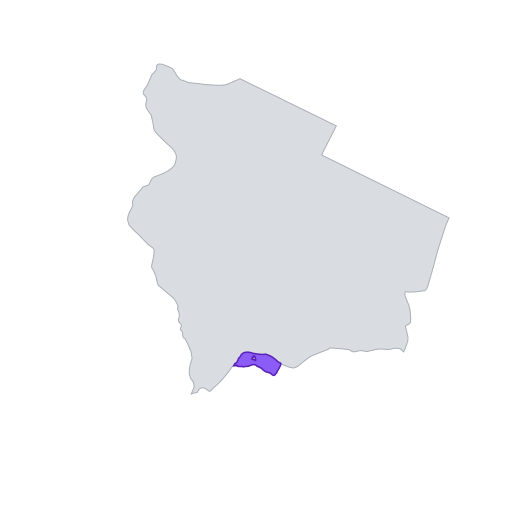 location of North-East within Botswana, rotated 117°
{"feature_id": "BWA-4853", "entity_name": "North-East", "entity_type": "District", "adm_level": 1, "iso_a3": "BWA", "parent_name": "Botswana", "parent_adm1": "", "projection": "natural_earth1", "projection_center": [27.629, -21.012], "detail": "fine", "context": "in_parent", "style": "filled", "palette": "violet", "viewbox_px": 512, "rotation_deg": 117, "n_neighbors": 0, "source": "natural_earth", "source_scale": "10m", "svg_char_len": 4188}
<svg xmlns="http://www.w3.org/2000/svg" viewBox="0 0 512 512"><g transform="rotate(117 256 256)"><path d="M274.5,81.0L273.8,82.9L273.3,85.7L273.9,87.8L275.3,90.6L277.2,93.0L278.6,94.5L280.3,98.1L282.1,102.5L284.3,106.0L291.0,114.0L291.7,116.9L292.7,119.8L296.9,125.2L297.5,127.0L297.2,130.7L301.5,141.9L304.4,148.4L306.8,149.6L314.4,156.5L321.0,162.1L328.8,165.8L334.5,168.3L337.3,170.1L338.8,171.8L339.9,175.2L340.5,180.9L340.7,184.7L346.8,184.5L351.9,184.9L353.7,185.6L354.3,186.7L354.2,189.2L354.2,192.8L354.5,195.8L354.0,199.0L353.6,202.7L353.4,207.3L354.1,209.1L359.0,214.9L361.1,218.7L363.3,224.4L364.5,226.2L365.6,227.0L370.0,227.6L381.4,230.0L388.4,232.2L393.9,234.4L396.3,235.0L397.4,235.6L397.8,236.2L397.1,241.1L397.3,242.7L397.9,244.2L398.9,245.3L400.0,246.0L404.2,246.5L406.8,249.6L408.4,251.0L400.7,251.7L397.0,254.2L394.7,258.7L391.3,262.0L386.6,264.2L381.7,265.6L376.4,266.4L370.9,270.3L365.0,277.2L362.0,281.6L361.8,283.4L360.5,285.0L358.0,286.3L356.6,287.9L356.2,289.7L354.9,290.6L352.5,290.5L350.9,291.9L349.9,294.7L347.8,296.4L344.6,296.9L341.8,298.5L339.5,301.1L337.7,302.4L336.4,302.4L334.5,304.5L331.3,309.4L330.7,311.6L326.4,330.1L324.0,332.3L319.4,336.1L315.6,340.6L314.0,343.3L312.3,344.5L303.7,346.8L300.5,347.9L296.6,349.7L295.7,351.3L294.8,357.0L292.1,365.1L290.0,371.2L288.6,376.4L286.2,382.9L284.1,385.1L281.7,387.1L278.6,388.1L274.3,388.7L270.4,388.5L267.4,388.6L263.2,390.9L259.3,391.1L253.2,389.8L248.1,388.5L245.9,388.2L241.4,383.9L238.6,384.0L234.2,383.7L231.8,382.7L229.5,380.5L224.6,376.2L219.7,372.8L215.4,370.7L211.5,369.8L207.7,370.6L204.8,371.5L203.6,372.0L201.4,373.8L199.1,377.2L197.2,382.5L196.5,385.7L194.4,392.6L191.6,400.9L190.3,403.3L188.7,405.1L186.3,406.6L178.2,413.2L174.2,420.6L171.7,422.8L168.6,423.8L166.0,424.4L164.6,425.6L163.0,429.4L161.6,430.7L160.1,431.2L155.4,430.8L153.9,430.4L141.6,431.1L137.8,429.9L135.2,429.4L131.0,431.0L129.2,430.0L127.8,426.9L127.0,420.6L127.1,415.3L129.3,411.3L131.2,408.4L133.0,404.5L133.2,402.8L132.8,401.3L132.4,398.1L132.2,394.9L129.4,387.8L126.0,378.5L121.5,368.0L120.0,365.1L117.2,360.6L106.9,352.0L105.3,350.8L105.3,349.9L105.2,341.5L105.0,330.4L104.8,319.3L104.6,308.2L104.5,297.2L104.3,286.1L104.1,275.0L103.9,263.9L103.8,252.8L103.6,243.5L111.0,243.5L120.2,243.5L131.1,243.5L135.9,243.5L136.2,242.0L136.1,235.1L135.9,219.3L135.7,203.6L135.5,187.8L135.3,172.1L135.1,156.3L134.9,140.6L134.7,124.8L134.5,109.1L134.4,101.3L142.9,100.8L152.6,99.2L168.3,96.7L183.0,93.5L192.5,91.6L203.9,89.4L207.8,89.0L208.8,89.3L210.4,90.0L215.7,97.9L219.0,103.9L219.7,106.5L220.3,106.7L221.9,106.3L223.6,105.4L228.9,99.4L230.0,97.8L233.4,94.9L237.6,92.0L241.3,89.9L245.1,88.2L246.8,88.6L248.9,90.1L250.7,91.0L259.2,83.8L263.0,82.1L273.1,80.8L274.5,81.0Z" fill="#d9dde1" stroke="#a8b0b8" stroke-width="1"/><path d="M342.6,184.5L346.3,184.5L348.9,184.8L350.8,184.5L351.9,185.1L353.2,185.1L353.8,185.4L354.3,185.9L354.5,186.5L354.4,188.1L354.0,189.4L353.8,190.8L354.6,193.9L354.7,195.4L354.2,198.6L354.0,199.0L353.8,199.3L353.6,199.7L353.5,200.2L353.5,200.6L353.5,201.5L353.5,201.9L353.7,204.0L353.7,204.8L353.3,206.9L353.3,207.6L353.5,208.3L354.6,210.0L355.1,210.6L357.4,212.4L358.4,213.8L359.2,215.2L360.4,216.8L360.7,217.3L360.7,217.7L360.7,218.3L360.8,218.6L361.0,218.9L361.5,219.5L362.5,221.8L362.6,222.2L362.5,222.5L362.2,222.9L362.1,223.3L362.3,223.4L362.5,223.4L362.6,223.7L362.4,224.2L362.6,224.5L362.9,224.5L363.1,224.7L363.3,225.0L363.6,225.8L363.8,226.1L361.3,225.9L359.5,224.8L357.2,224.8L355.1,225.1L352.4,224.3L350.1,224.3L347.6,222.9L345.9,220.7L344.8,218.3L344.1,214.7L343.0,211.1L341.6,207.3L340.4,204.9L339.0,202.7L338.6,198.8L338.6,196.1L339.0,193.4L339.7,190.1L340.4,187.9L340.3,185.3L341.5,184.6L342.6,184.5ZM349.1,213.2L349.7,213.0L349.8,212.8L349.7,212.5L349.7,212.1L349.7,211.6L349.6,211.3L349.3,211.1L349.1,211.0L349.0,210.4L349.1,209.9L349.5,209.6L349.5,209.3L349.3,209.0L349.1,208.9L348.8,209.1L348.1,209.5L347.7,209.6L347.4,210.1L347.2,210.4L346.8,210.7L346.5,210.8L346.5,211.0L346.5,211.3L346.3,211.5L346.1,211.6L346.0,212.0L346.0,212.5L346.1,212.8L346.7,212.9L347.4,213.0L347.6,212.5L348.1,212.6L349.0,213.1L349.1,213.2Z" fill="#8b5cf6" stroke="#5b21b6" stroke-width="1.5"/></g></svg>